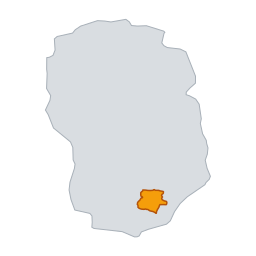 where Vinica sits in North Macedonia, rotated 93°
{"feature_id": "MKD-3003", "entity_name": "Vinica", "entity_type": "Statistical Region", "adm_level": 1, "iso_a3": "MKD", "parent_name": "North Macedonia", "parent_adm1": "", "projection": "albers", "projection_center": [22.558, 41.857], "detail": "fine", "context": "in_parent", "style": "filled", "palette": "amber", "viewbox_px": 256, "rotation_deg": 93, "n_neighbors": 0, "source": "natural_earth", "source_scale": "10m", "svg_char_len": 2340}
<svg xmlns="http://www.w3.org/2000/svg" viewBox="0 0 256 256"><g transform="rotate(93 128 128)"><path d="M115.0,55.3L119.7,56.0L129.9,53.2L136.2,49.2L139.5,48.6L143.7,47.1L149.9,47.4L156.1,49.2L164.1,46.9L171.9,43.2L175.0,44.2L178.4,47.3L180.6,48.2L193.5,65.1L200.6,71.9L209.0,77.1L218.5,80.9L222.0,84.5L228.1,102.4L231.1,109.2L235.2,111.2L236.2,113.2L236.4,115.8L231.8,128.4L230.1,156.7L229.0,158.9L224.1,158.8L217.7,159.4L215.3,161.6L212.7,176.8L202.4,181.2L193.0,183.6L185.1,183.1L171.2,179.4L166.7,179.0L162.8,181.1L150.3,182.1L144.9,184.7L131.9,202.4L118.8,208.4L114.4,211.4L104.5,207.4L99.7,206.9L92.8,211.4L77.7,211.6L73.6,212.3L62.0,212.8L61.5,210.3L59.4,206.7L54.0,204.9L42.9,206.2L40.3,203.5L36.1,188.3L32.6,185.8L28.7,180.6L22.4,164.1L22.4,156.9L23.0,150.6L19.6,135.8L22.0,132.2L25.5,129.9L25.7,124.0L24.9,115.0L29.4,97.4L30.5,96.2L31.6,97.0L41.3,98.7L43.9,96.5L45.6,93.0L46.4,80.1L48.9,74.2L72.7,63.3L79.7,63.0L84.9,68.3L89.1,71.7L91.7,71.7L92.6,68.3L95.6,61.9L100.5,58.2L114.9,55.3L115.0,55.3Z" fill="#d9dde1" stroke="#a8b0b8" stroke-width="1"/><path d="M189.1,109.8L189.1,109.0L189.1,107.7L189.1,107.1L189.2,106.0L189.3,105.1L189.3,104.2L189.3,103.2L189.2,101.8L189.0,100.4L188.9,99.7L188.4,99.3L188.2,98.7L188.2,98.3L188.8,97.6L188.7,94.9L188.7,93.9L189.1,92.8L189.3,91.2L189.5,89.7L189.8,89.3L190.4,89.3L191.1,89.3L191.5,89.5L192.0,89.9L192.4,90.5L192.8,90.8L193.3,90.9L193.8,90.9L194.7,90.3L195.1,90.0L195.5,90.3L196.3,90.6L196.9,90.6L197.9,90.0L198.5,88.7L199.0,87.6L199.1,86.6L199.3,85.9L199.9,85.4L200.5,85.3L201.8,85.4L202.5,85.8L202.6,86.5L202.6,88.3L202.7,89.8L202.8,91.1L202.8,92.0L203.1,92.3L204.0,92.6L205.7,93.1L207.3,94.0L209.0,94.8L210.0,95.1L210.8,95.2L211.3,95.2L211.6,95.3L211.6,95.9L211.2,96.2L210.9,97.0L210.2,98.3L209.9,99.9L209.6,101.7L209.1,102.7L208.5,103.5L208.3,104.4L208.3,105.5L208.1,105.7L208.0,106.6L208.3,107.2L208.4,108.4L208.3,110.3L208.0,111.6L207.4,113.0L206.6,113.9L205.4,113.9L204.5,114.1L203.8,114.7L203.7,114.7L203.1,114.6L202.4,114.6L201.4,114.2L200.4,113.4L199.9,112.8L199.3,112.3L198.6,112.0L197.9,111.6L197.4,111.3L197.2,110.7L197.0,110.2L196.7,109.9L196.4,109.9L196.1,110.0L195.8,110.5L195.7,111.1L195.2,111.5L194.0,111.8L193.1,111.8L192.1,111.9L191.4,111.5L191.1,111.2L190.5,110.5L189.9,110.0L189.1,109.8L189.1,109.8Z" fill="#f59e0b" stroke="#b45309" stroke-width="1.5"/></g></svg>